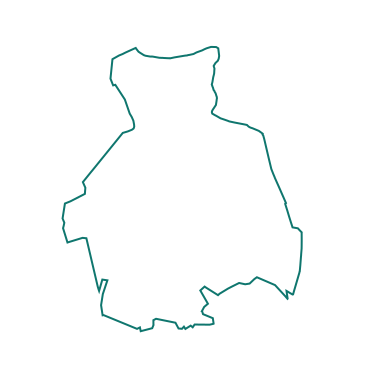 Sheikan, North Kordufan, Sudan, rotated 192°
{"feature_id": "16777658B67659775145128", "entity_name": "Sheikan", "entity_type": "district", "adm_level": 2, "iso_a3": "SDN", "parent_name": "Sudan", "parent_adm1": "North Kordufan", "projection": "orthographic", "projection_center": [29.994, 13.034], "detail": "fine", "context": "isolated", "style": "outline", "palette": "teal", "viewbox_px": 384, "rotation_deg": 192, "n_neighbors": 0, "source": "geoboundaries", "source_scale": "gbopen_adm2", "svg_char_len": 3041}
<svg xmlns="http://www.w3.org/2000/svg" viewBox="0 0 384 384"><g transform="rotate(192 192 192)"><path d="M134.9,263.7L138.2,265.2L138.4,265.2L139.1,265.6L139.5,265.7L140.0,265.8L144.3,266.6L144.8,266.7L145.9,266.9L146.6,267.0L146.9,267.0L148.4,267.2L150.1,267.7L151.1,268.3L152.2,269.0L152.9,269.0L154.6,269.0L164.5,268.8L168.4,268.8L169.5,268.8L170.2,268.8L171.9,269.1L174.3,269.4L175.0,269.5L179.4,270.0L184.6,271.7L184.8,271.7L187.3,272.5L188.5,272.9L189.1,274.0L189.2,274.3L189.2,275.4L188.8,276.8L188.2,278.3L188.1,278.5L187.6,279.8L186.7,282.1L186.9,285.8L187.1,288.1L187.1,288.6L187.1,288.9L187.6,290.3L187.9,290.7L189.4,293.4L189.5,293.5L190.7,294.8L190.9,295.1L191.1,295.5L192.1,296.3L192.9,297.9L193.3,298.6L193.5,298.8L194.4,300.2L194.4,300.4L194.9,301.1L195.0,301.2L194.9,303.1L194.9,303.9L195.1,308.7L195.0,311.3L195.0,312.7L195.6,316.6L195.6,316.9L195.7,317.4L196.9,319.6L197.0,319.9L195.9,323.0L194.0,325.8L193.8,327.0L193.6,327.8L193.7,330.5L193.8,331.0L196.2,338.0L198.5,338.8L203.5,337.9L207.6,335.6L209.0,334.6L210.2,333.7L211.4,332.7L216.7,329.4L219.2,327.3L223.2,325.5L224.3,325.1L225.1,324.6L227.3,323.9L237.2,320.0L241.2,318.2L241.5,318.3L242.0,318.1L246.9,317.3L248.5,317.1L249.5,316.9L251.9,316.5L257.9,316.3L259.5,316.2L259.9,316.0L261.1,315.8L263.6,315.7L266.1,315.6L266.8,315.8L267.4,315.8L271.5,317.3L273.5,318.1L276.1,320.3L276.7,320.9L277.0,321.2L278.0,320.5L286.0,314.6L288.6,312.5L291.7,310.4L297.4,305.4L297.4,305.2L295.3,285.9L291.3,279.9L289.3,280.9L276.9,268.5L269.2,255.7L266.6,252.9L264.2,249.6L262.7,246.0L262.1,243.9L262.2,243.0L262.3,242.0L263.7,240.4L267.4,237.9L272.0,235.4L294.1,192.1L294.7,191.0L300.8,179.0L297.2,174.0L296.4,167.9L309.0,157.6L313.9,154.3L313.1,139.3L313.1,139.2L310.5,135.4L310.5,132.0L310.6,129.8L303.3,116.7L301.4,117.8L289.5,124.4L285.7,124.8L264.5,79.8L262.9,76.9L262.3,75.9L261.5,87.7L256.4,88.0L258.0,73.6L257.4,62.4L253.8,52.8L252.9,53.2L217.3,46.7L214.8,48.7L213.2,45.2L202.6,50.5L202.0,53.9L202.1,54.0L203.1,58.6L200.8,60.5L181.0,60.7L176.8,55.7L173.4,56.1L171.9,58.6L170.0,56.7L165.5,61.0L163.2,59.8L161.9,62.9L147.1,65.9L143.5,67.6L143.5,67.8L145.4,72.9L155.8,74.8L157.4,77.6L157.5,77.6L156.2,82.1L153.2,86.0L163.4,97.4L160.0,102.1L158.1,101.3L145.1,96.5L143.9,98.2L136.7,105.0L133.4,107.7L127.0,112.8L120.8,112.8L116.6,114.4L112.9,119.8L110.8,122.1L91.4,118.2L79.0,109.4L76.4,107.4L76.3,107.6L78.9,114.6L79.0,114.9L77.2,114.3L75.0,113.5L74.0,113.2L72.0,112.5L71.9,112.5L71.9,112.1L71.6,116.8L71.4,119.2L70.2,135.3L70.2,136.7L70.1,136.8L70.8,142.7L72.0,151.7L72.1,152.6L72.3,153.9L73.0,159.3L73.5,161.9L74.5,166.8L75.1,169.6L76.2,174.6L76.3,175.3L79.1,177.2L80.9,178.5L86.3,178.3L89.0,183.0L91.6,187.6L94.4,192.7L94.6,193.1L96.7,196.8L98.4,199.8L98.4,200.0L98.2,200.3L97.8,200.7L98.7,202.0L107.8,214.7L109.7,217.3L114.0,223.2L114.2,223.6L116.3,226.6L119.2,231.0L122.6,238.1L123.7,240.4L130.1,254.0L131.6,257.2L132.7,259.5L132.9,259.9L133.0,260.0L134.0,262.0L134.9,262.8L134.8,263.1L134.9,263.3L134.9,263.7Z" fill="none" stroke="#0f766e" stroke-width="2"/></g></svg>